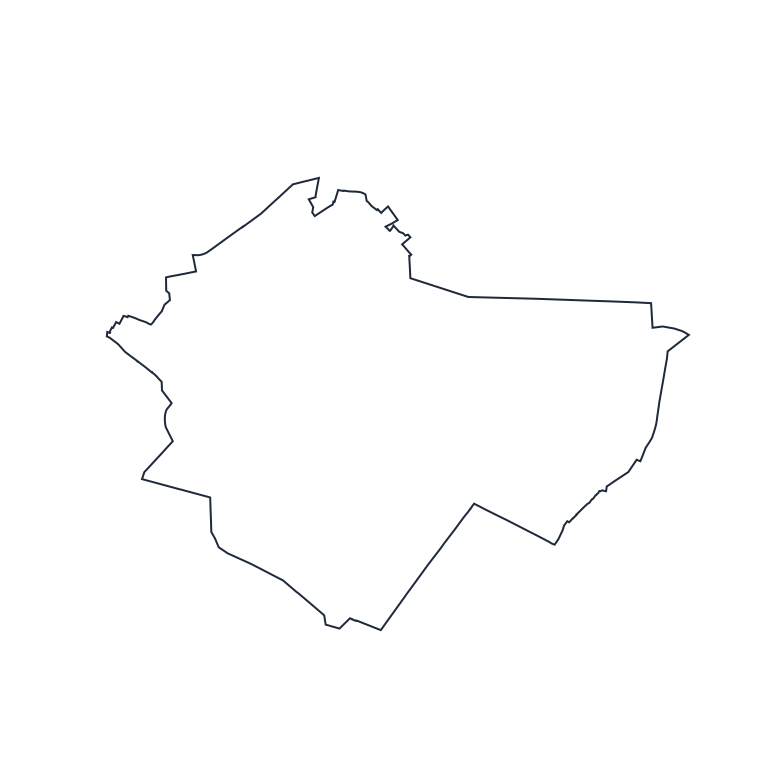 Woensdrecht, Noord-Brabant, Netherlands, rotated 309°
{"feature_id": "6326949B40585384070761", "entity_name": "Woensdrecht", "entity_type": "district", "adm_level": 2, "iso_a3": "NLD", "parent_name": "Netherlands", "parent_adm1": "Noord-Brabant", "projection": "mercator", "projection_center": [4.343, 51.411], "detail": "fine", "context": "isolated", "style": "outline", "palette": "slate", "viewbox_px": 768, "rotation_deg": 309, "n_neighbors": 0, "source": "geoboundaries", "source_scale": "gbopen_adm2", "svg_char_len": 5782}
<svg xmlns="http://www.w3.org/2000/svg" viewBox="0 0 768 768"><g transform="rotate(309 384 384)"><path d="M190.7,536.4L233.7,533.9L234.5,533.8L236.2,533.7L241.9,533.5L243.3,533.4L244.9,533.3L247.1,533.2L249.6,533.1L252.9,532.9L255.0,532.8L257.3,532.7L258.9,532.6L260.9,532.5L263.2,532.4L264.5,532.3L268.7,532.1L270.2,532.0L280.4,531.7L286.1,531.6L289.9,531.5L292.4,531.4L298.7,531.0L300.2,531.0L306.6,530.8L314.6,530.6L332.0,529.8L332.3,529.8L334.2,529.8L337.0,529.9L337.8,529.8L341.0,529.6L341.0,529.8L343.4,529.6L344.1,529.5L345.0,529.4L346.9,529.4L347.7,529.3L347.9,530.4L348.3,532.2L348.4,532.7L349.7,538.9L350.1,541.0L352.6,552.4L355.5,565.0L360.0,586.6L363.0,600.6L365.2,611.7L365.6,614.9L366.5,617.7L373.1,617.2L382.7,614.9L387.4,613.0L392.7,612.8L393.0,614.9L398.6,615.3L398.6,615.5L403.6,616.0L403.6,615.7L410.7,616.5L415.1,617.0L417.3,617.3L418.7,617.5L421.1,618.4L423.4,618.2L424.9,618.1L425.0,618.1L425.3,618.3L425.5,618.4L425.7,618.5L425.9,618.6L426.0,618.6L427.4,618.7L428.2,618.6L429.0,618.6L429.6,618.5L430.4,618.4L431.0,618.8L431.3,618.9L432.3,618.7L433.0,618.9L433.7,619.1L434.1,619.2L435.1,618.8L436.4,618.8L436.8,619.7L437.9,620.1L438.7,620.5L439.8,623.0L440.4,624.1L444.5,621.6L453.6,624.3L469.4,629.3L484.1,628.0L485.3,631.8L487.4,631.2L491.6,629.9L492.9,629.5L495.6,628.6L497.6,628.0L498.7,627.6L498.9,627.6L499.2,627.5L499.6,627.4L499.9,627.4L500.2,627.4L506.2,626.8L508.3,626.5L510.4,626.2L510.8,626.1L511.3,626.0L511.9,625.8L512.5,625.6L513.9,624.9L515.2,624.6L517.6,623.6L519.3,622.9L520.6,622.4L521.8,621.8L524.3,620.7L525.4,620.0L526.1,619.6L527.6,618.8L529.3,617.7L530.3,617.1L532.4,615.8L534.0,614.9L536.0,613.7L538.2,612.4L540.5,611.0L542.5,609.8L544.2,608.8L555.0,602.8L562.1,598.9L573.1,592.7L581.6,588.0L582.3,587.6L582.7,587.3L587.9,583.9L599.9,586.7L614.0,590.0L613.3,584.9L612.6,582.0L609.7,574.5L604.1,564.4L596.7,557.3L614.9,540.7L606.2,528.7L590.2,507.3L578.2,491.4L555.4,461.1L546.6,449.4L518.9,413.3L504.7,394.8L482.8,337.9L487.2,334.0L490.9,330.7L499.5,322.9L499.9,323.4L500.1,323.6L500.5,323.6L501.7,323.8L502.3,319.5L502.4,319.2L503.7,312.0L503.9,310.2L511.9,311.7L514.6,312.2L515.2,308.9L515.1,308.7L514.9,308.6L514.6,308.4L514.1,308.0L512.8,307.2L513.2,303.6L513.1,303.3L512.8,302.8L512.3,301.6L512.3,301.3L512.1,300.7L512.0,300.2L512.0,299.9L511.9,299.8L511.9,299.7L513.1,291.7L512.9,291.8L511.5,292.0L507.9,292.3L507.3,292.3L506.9,292.3L506.7,292.2L506.6,291.8L506.9,290.1L507.1,288.0L507.3,286.2L513.1,288.9L515.5,289.8L520.1,291.5L520.6,289.5L522.7,281.9L524.5,275.4L519.3,274.6L517.6,274.4L516.9,274.3L515.2,274.2L515.9,269.1L514.7,269.1L514.5,262.1L514.7,261.2L515.5,256.7L515.3,256.1L515.3,255.4L516.8,253.7L519.6,250.4L519.4,248.6L518.5,245.5L518.2,244.9L516.3,241.8L515.5,240.7L514.6,239.6L513.7,238.4L513.2,237.7L511.7,235.6L511.4,235.2L511.0,234.4L509.1,231.2L508.7,231.3L507.9,230.0L505.9,226.3L500.1,228.7L494.3,231.0L493.9,229.9L491.3,231.2L491.0,231.3L490.2,230.8L484.9,228.9L470.9,224.5L472.2,220.2L474.4,219.1L476.9,217.7L480.2,209.3L482.3,210.7L486.1,213.3L487.7,212.1L496.0,207.6L497.9,206.6L499.1,205.9L500.3,205.3L503.2,203.7L493.9,196.7L490.7,194.2L482.8,188.3L482.2,187.7L481.2,187.5L476.9,186.8L474.5,186.5L468.6,185.6L464.1,185.0L462.1,184.7L460.3,184.4L457.9,184.0L456.3,183.8L452.5,183.2L444.8,182.1L441.0,181.5L439.5,181.3L438.1,181.0L437.1,180.7L434.0,179.9L417.1,175.4L417.3,175.2L403.4,171.4L397.5,169.8L388.1,167.3L379.6,165.0L374.6,163.6L373.2,162.9L372.0,162.3L370.7,161.5L370.0,161.0L368.9,160.1L368.4,159.7L367.6,159.0L366.8,158.1L363.9,154.2L353.2,167.1L348.5,163.2L344.1,159.6L341.3,157.2L338.4,154.8L336.0,152.7L331.9,149.2L331.5,149.0L329.7,147.5L326.8,149.9L323.8,152.4L319.4,156.1L319.4,157.0L319.3,160.0L314.9,164.4L314.6,164.8L314.3,164.8L307.8,163.6L307.7,163.5L307.4,163.6L307.2,163.6L301.6,165.3L301.4,165.3L301.1,165.4L301.0,165.5L300.7,165.5L300.4,165.5L300.2,165.5L299.7,165.5L295.7,165.4L291.8,165.4L291.4,165.4L290.4,165.4L289.7,165.4L287.8,165.6L285.1,165.7L284.3,165.5L283.8,165.4L283.5,165.4L282.8,163.4L282.6,162.0L282.6,161.9L282.3,160.4L281.2,157.2L279.8,153.6L279.7,153.2L279.1,150.9L278.5,148.8L277.8,146.9L277.1,145.0L276.6,143.7L276.4,143.0L276.1,142.3L275.6,142.4L274.6,142.7L273.2,138.9L273.0,138.7L271.3,139.1L264.3,140.5L263.6,136.9L257.0,138.1L256.8,137.0L251.6,138.0L251.5,139.6L251.0,138.4L250.8,138.0L250.6,137.4L250.3,136.2L246.5,138.7L246.9,139.7L247.0,140.3L247.2,141.0L247.2,141.4L247.3,141.8L247.6,150.4L247.6,151.5L247.6,152.3L247.4,153.7L247.2,155.0L246.0,162.6L246.2,168.0L246.2,168.8L246.6,177.9L246.4,177.9L246.4,178.0L246.6,177.9L246.8,184.3L246.9,187.0L246.9,189.5L246.9,191.5L246.9,192.7L246.9,195.4L246.9,195.7L246.9,196.4L247.2,196.5L247.0,196.8L247.1,199.0L246.8,202.7L246.6,203.8L246.5,204.3L246.4,204.7L245.8,209.8L244.0,211.4L239.3,215.5L238.6,218.3L235.5,231.0L235.4,231.0L233.6,231.1L231.8,231.2L228.8,231.1L228.2,231.1L227.7,231.1L226.9,231.3L226.0,231.5L225.0,231.9L223.2,232.8L222.4,233.2L221.6,233.7L220.0,234.8L218.9,235.7L217.4,236.9L216.6,237.7L215.5,238.8L214.7,239.6L214.3,240.1L213.7,240.9L213.1,241.6L206.6,255.9L206.4,255.9L197.7,255.3L191.8,255.0L165.9,253.3L165.6,253.2L165.3,253.2L165.1,253.2L164.8,253.2L164.6,253.3L164.3,253.3L164.0,253.5L163.5,253.6L161.1,254.6L157.8,255.8L158.4,257.2L173.6,291.5L174.0,292.2L175.8,296.4L176.1,297.0L181.2,308.5L185.5,318.2L186.4,320.3L184.2,322.3L178.1,327.5L172.7,332.2L170.7,334.0L169.2,335.3L160.9,342.4L160.7,342.6L160.3,343.0L160.2,343.2L160.2,343.3L157.5,350.1L157.4,350.2L153.1,358.3L154.0,368.8L154.1,369.4L154.3,370.1L160.7,394.8L167.8,429.2L167.3,447.6L167.5,448.3L167.0,468.4L166.6,483.1L160.3,490.1L165.9,503.3L180.5,505.0L180.8,506.0L181.3,507.3L181.0,507.4L182.3,511.4L182.5,511.4L182.5,511.5L182.9,511.5L190.7,536.4Z" fill="none" stroke="#1e293b" stroke-width="2"/></g></svg>